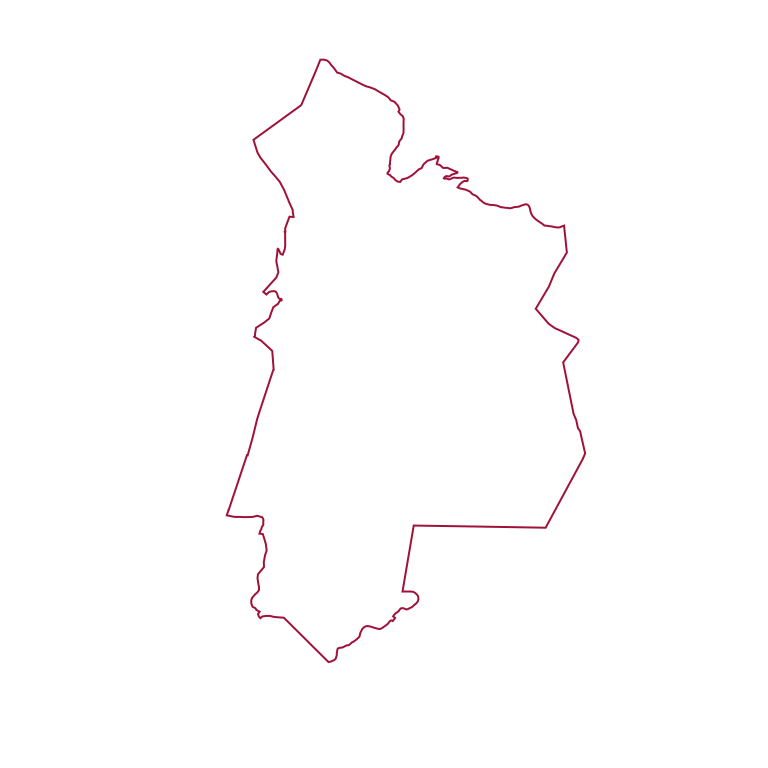 outline of Juan Galindo, Puebla, Mexico, rotated 112°
{"feature_id": "50627088B57480550213661", "entity_name": "Juan Galindo", "entity_type": "district", "adm_level": 2, "iso_a3": "MEX", "parent_name": "Mexico", "parent_adm1": "Puebla", "projection": "natural_earth1", "projection_center": [-98.001, 20.223], "detail": "fine", "context": "isolated", "style": "outline", "palette": "rose", "viewbox_px": 768, "rotation_deg": 112, "n_neighbors": 0, "source": "geoboundaries", "source_scale": "gbopen_adm2", "svg_char_len": 5266}
<svg xmlns="http://www.w3.org/2000/svg" viewBox="0 0 768 768"><g transform="rotate(112 384 384)"><path d="M647.4,410.8L645.2,409.8L643.4,406.8L641.8,403.0L641.0,398.0L638.2,389.3L662.6,331.3L661.5,329.6L658.9,327.0L656.9,325.9L653.1,326.2L650.8,327.1L648.2,327.6L646.6,327.8L645.2,326.3L644.4,324.7L643.4,323.3L642.1,322.3L640.1,320.5L639.5,318.9L635.6,316.9L634.0,315.5L631.3,313.9L627.7,312.1L623.6,312.7L619.6,312.4L616.7,311.3L615.0,309.5L614.3,307.4L613.9,305.5L613.9,304.2L613.7,302.5L613.5,299.8L613.3,298.6L613.1,297.2L612.7,296.0L611.9,295.2L611.1,294.4L610.1,293.8L609.0,293.1L608.0,292.5L606.7,291.6L605.6,290.9L604.2,290.4L603.1,290.1L601.4,289.6L600.4,288.5L600.5,287.1L598.6,286.5L597.5,286.2L596.7,286.1L596.3,287.6L596.0,288.5L594.5,288.2L592.9,287.7L591.7,287.0L590.8,286.3L589.0,285.3L587.3,285.0L585.9,284.4L584.8,282.9L584.6,280.4L584.6,278.7L583.8,277.5L582.6,276.6L581.7,275.7L580.4,274.6L579.2,273.9L578.0,273.4L576.8,272.7L575.6,272.1L574.2,271.5L572.5,271.2L570.3,271.6L568.7,272.4L567.2,273.9L566.0,276.8L565.8,279.3L566.7,282.3L568.0,285.4L568.3,286.4L568.9,287.6L569.5,289.1L504.1,303.4L481.8,245.6L456.7,180.3L378.9,171.6L373.0,171.5L360.4,180.3L354.4,184.4L352.2,187.7L345.5,192.2L341.0,196.7L340.6,197.1L338.9,198.2L296.8,226.0L272.6,219.6L270.2,220.1L269.6,221.7L269.2,223.3L268.2,246.5L266.5,253.8L257.4,271.5L232.0,267.6L217.6,267.5L193.6,263.7L169.7,276.4L171.1,278.0L172.6,279.4L173.4,280.6L174.1,282.6L174.7,284.8L175.0,287.2L175.9,290.5L176.4,292.8L177.0,294.6L176.0,297.9L175.7,299.7L175.1,302.2L174.5,304.8L174.0,306.1L173.4,307.6L172.7,309.0L171.1,311.1L170.0,312.1L167.9,313.7L166.8,314.3L165.6,315.3L164.6,316.5L164.0,317.9L164.0,319.2L164.5,320.4L165.7,321.7L167.5,324.0L168.9,325.2L170.1,327.3L171.3,329.7L172.5,330.9L173.9,333.0L174.7,336.2L175.3,338.1L175.8,340.4L176.3,341.9L176.2,344.8L176.4,346.9L177.0,349.1L177.2,350.2L178.0,352.1L178.4,354.3L178.6,355.7L178.7,356.7L178.7,358.8L178.1,361.3L177.6,362.4L177.4,363.8L176.9,364.7L175.2,368.4L175.0,370.0L175.0,372.0L174.7,373.6L173.8,375.3L173.4,376.5L173.2,381.3L173.6,383.3L174.1,386.1L174.2,387.7L174.1,389.4L172.2,388.9L170.0,388.3L168.4,387.5L167.0,386.7L166.4,386.2L165.5,385.4L165.1,383.6L164.4,382.7L163.3,382.8L162.2,383.4L162.2,385.0L162.7,387.4L163.7,389.2L164.4,391.0L165.0,392.2L165.6,393.5L165.9,394.8L166.4,396.2L166.8,397.1L167.8,398.1L169.1,399.2L169.9,400.2L170.0,401.9L170.0,402.8L170.4,403.7L170.9,404.6L170.9,405.2L170.9,405.5L169.6,405.4L168.8,404.9L167.9,404.2L167.5,402.8L167.4,402.0L166.8,401.0L164.2,399.4L163.6,398.6L162.3,396.9L161.4,395.9L160.7,395.1L160.0,395.3L160.1,397.2L160.1,399.5L159.8,406.4L161.0,408.7L161.5,410.4L160.9,411.9L160.2,413.6L160.1,414.9L160.3,416.4L160.3,417.5L159.6,417.7L157.5,417.8L156.1,418.0L154.0,418.0L152.9,418.5L153.0,420.0L153.5,421.0L154.0,421.0L154.4,420.1L154.9,420.4L157.4,423.2L159.6,426.0L161.1,427.5L165.4,429.6L167.6,429.8L169.7,430.0L172.2,432.3L176.5,434.3L179.2,435.7L181.9,437.6L184.3,439.5L187.5,443.9L190.6,444.7L191.2,447.2L190.7,449.8L189.4,452.1L189.1,454.0L188.7,455.6L188.0,456.5L188.0,458.3L187.7,459.6L186.7,459.8L184.9,459.1L183.8,459.1L182.1,459.2L180.5,460.1L179.1,461.0L178.0,460.7L176.8,461.3L175.7,461.6L173.8,462.1L170.9,463.0L168.3,463.1L166.9,462.8L163.8,462.0L161.7,461.3L159.6,461.0L158.0,460.2L156.4,460.0L154.8,460.5L153.1,460.7L151.2,460.1L149.6,459.6L147.8,460.0L145.8,459.9L143.7,460.0L142.9,460.4L140.6,461.2L136.8,462.8L133.7,464.0L130.5,465.2L128.6,467.0L127.7,469.9L126.1,472.6L123.6,472.4L120.6,475.5L119.5,477.8L118.4,480.0L118.5,483.9L116.7,487.2L116.0,489.9L115.5,493.1L114.7,499.1L114.1,502.8L114.2,508.0L114.7,512.6L114.2,519.8L113.5,527.4L113.0,532.8L113.2,535.8L112.4,540.5L112.8,544.1L109.7,549.0L108.2,552.2L106.1,555.6L105.4,558.2L105.9,561.6L107.2,564.5L121.1,564.5L156.4,565.2L206.5,596.5L216.8,588.0L220.3,583.6L224.9,575.6L229.4,568.3L232.1,562.9L233.7,559.9L235.5,556.5L241.4,549.4L251.3,539.7L257.0,533.7L258.2,533.3L263.0,530.4L264.3,534.3L269.6,534.2L277.1,533.9L279.6,532.5L279.9,533.1L281.6,532.0L293.0,527.3L296.5,526.5L302.1,526.4L302.1,528.6L298.5,532.4L298.4,533.1L298.9,533.2L299.6,533.0L300.2,532.8L303.2,531.8L306.5,531.0L310.4,529.9L319.9,523.8L325.6,523.7L343.8,530.4L345.1,526.6L341.7,525.0L340.1,522.9L338.9,520.1L339.0,518.7L340.3,517.0L342.6,515.1L343.7,514.0L344.1,513.0L344.2,512.3L343.6,511.2L344.1,510.5L344.8,510.3L346.0,511.8L348.7,512.2L349.4,512.3L354.2,515.4L359.9,515.3L366.2,514.9L372.2,518.3L379.8,523.7L385.1,522.5L385.4,522.5L387.1,521.8L387.9,521.7L388.8,522.0L389.8,515.2L389.6,514.8L394.5,501.8L395.2,500.0L411.6,491.9L411.6,492.0L417.8,491.6L457.3,489.0L463.8,488.5L482.4,485.8L491.1,484.8L501.2,483.7L501.3,484.4L558.8,480.8L558.8,481.0L564.7,480.6L564.1,477.7L563.5,474.0L562.9,472.0L561.3,468.0L560.4,465.4L559.4,462.7L558.0,459.5L556.3,455.7L553.7,452.3L553.2,447.2L554.0,445.8L555.3,444.8L557.4,444.2L559.9,443.1L562.1,443.7L564.8,443.4L566.6,443.7L569.4,443.4L568.6,440.1L572.2,437.1L576.8,433.5L582.2,430.5L587.7,430.1L594.2,428.7L598.7,426.7L607.6,429.6L611.5,428.5L616.9,425.3L619.3,423.7L622.1,422.7L625.3,423.6L627.0,424.6L631.3,426.1L634.0,426.1L637.3,424.8L639.8,422.3L640.1,419.1L641.3,417.7L641.7,414.0L644.5,414.7L646.5,412.8L647.4,410.8Z" fill="none" stroke="#9f1239" stroke-width="2"/></g></svg>